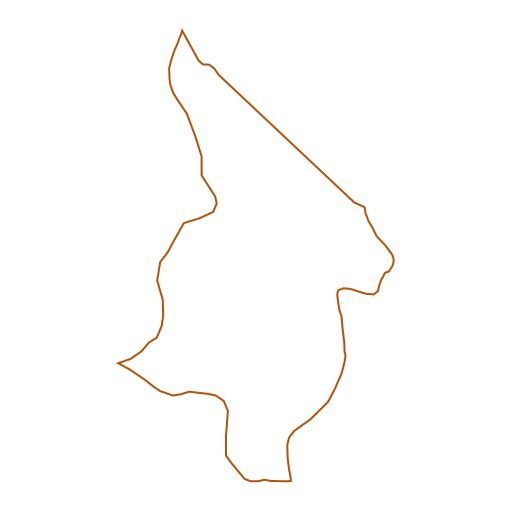 outline of Millet, Anse-la-Raye, Saint Lucia
{"feature_id": "8701671B66361265375763", "entity_name": "Millet", "entity_type": "district", "adm_level": 2, "iso_a3": "LCA", "parent_name": "Saint Lucia", "parent_adm1": "Anse-la-Raye", "projection": "natural_earth1", "projection_center": [-60.988, 13.911], "detail": "fine", "context": "isolated", "style": "outline", "palette": "amber", "viewbox_px": 512, "rotation_deg": 0, "n_neighbors": 0, "source": "geoboundaries", "source_scale": "gbopen_adm2", "svg_char_len": 2025}
<svg xmlns="http://www.w3.org/2000/svg" viewBox="0 0 512 512"><path d="M118.3,363.2L129.4,369.3L144.8,379.7L153.7,386.7L160.2,391.1L172.8,395.5L180.3,394.4L189.1,391.7L207.3,393.8L215.7,395.5L223.7,400.9L227.9,410.8L226.0,435.9L226.0,455.6L231.1,462.7L244.7,479.0L250.7,481.2L258.2,481.2L264.5,479.8L271.3,481.0L275.3,481.0L277.0,481.1L287.1,481.3L287.6,481.2L290.9,481.0L290.7,478.3L290.6,477.8L289.0,469.0L288.3,463.2L288.0,460.8L287.6,457.3L287.3,444.9L289.0,437.8L291.2,434.7L294.2,430.9L298.6,427.8L299.1,427.5L299.8,427.0L302.9,424.6L304.7,423.5L310.4,419.3L313.3,416.5L318.7,411.1L320.5,409.3L327.5,402.5L329.4,399.5L335.2,388.1L338.4,380.7L340.0,377.2L341.5,373.4L342.8,368.9L344.6,361.8L345.5,355.5L344.6,351.9L344.5,351.0L344.4,345.0L344.3,342.9L342.4,326.9L342.3,325.5L342.3,325.1L342.2,324.0L341.5,316.4L339.3,309.7L337.7,299.3L337.3,294.4L337.7,291.9L338.2,290.2L343.7,288.3L349.5,288.8L351.7,289.3L361.2,292.4L362.2,292.7L366.8,293.9L372.0,294.3L373.8,294.3L374.5,293.8L377.9,291.1L378.2,290.2L379.1,286.0L380.7,281.2L381.1,280.0L381.3,279.5L383.1,276.9L383.6,275.5L385.0,272.9L385.9,272.5L388.9,271.5L390.4,269.1L391.4,267.6L392.3,266.1L393.2,263.9L393.7,259.7L393.5,258.6L393.3,258.1L392.5,255.8L392.2,254.6L391.7,254.1L391.6,253.7L390.4,252.2L385.3,245.4L384.7,244.6L384.0,244.0L380.4,240.2L376.6,236.1L372.4,227.7L370.5,224.4L368.6,221.3L368.0,219.8L365.6,213.3L364.7,208.1L364.5,207.2L354.1,202.4L353.0,201.3L351.6,199.9L350.0,198.5L343.8,192.6L218.6,74.8L214.4,68.6L209.4,64.7L202.8,64.4L198.6,60.5L182.2,30.7L180.7,35.3L180.1,36.4L178.2,41.6L176.7,45.5L174.6,50.0L172.7,55.6L171.2,60.0L170.2,64.3L169.1,68.5L169.4,74.3L169.5,78.4L170.3,84.7L171.7,88.8L173.2,93.0L174.4,94.8L177.0,99.1L179.0,102.1L186.9,113.8L195.5,136.9L201.6,156.4L201.6,175.3L215.2,196.5L216.7,203.6L213.2,211.9L199.1,218.4L183.9,223.1L174.8,239.1L167.8,252.1L160.2,262.1L157.2,280.4L162.7,299.9L163.2,315.2L161.7,325.9L156.7,337.7L149.1,342.4L141.5,351.3L130.4,359.0L118.3,363.2Z" fill="none" stroke="#b45309" stroke-width="2"/></svg>